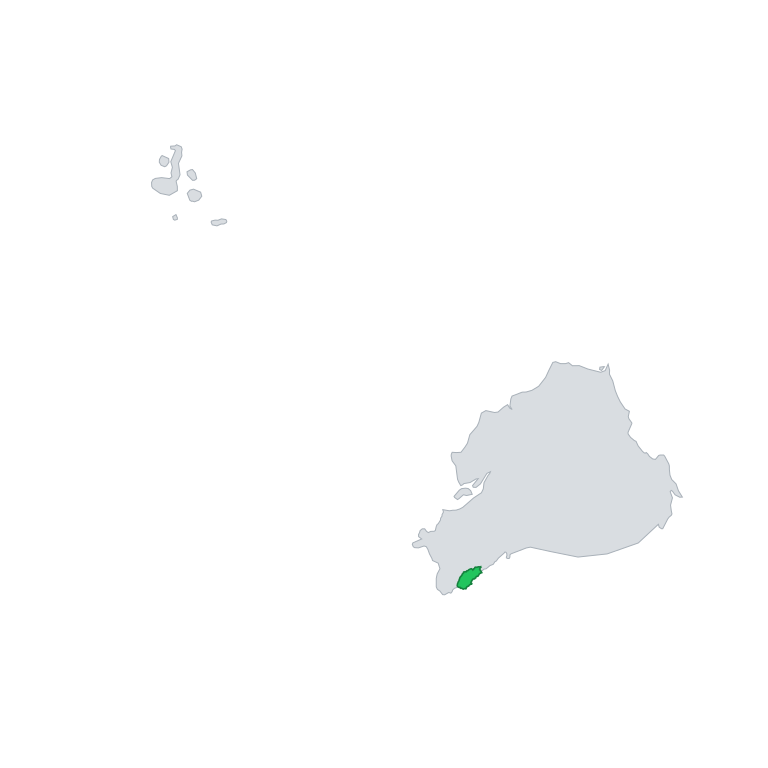 location of Nangaritza, Zamora Chinchipe, Ecuador, rotated 34°
{"feature_id": "8360857B36504899110850", "entity_name": "Nangaritza", "entity_type": "district", "adm_level": 2, "iso_a3": "ECU", "parent_name": "Ecuador", "parent_adm1": "Zamora Chinchipe", "projection": "natural_earth1", "projection_center": [-78.749, -4.316], "detail": "fine", "context": "in_parent", "style": "filled", "palette": "green", "viewbox_px": 768, "rotation_deg": 34, "n_neighbors": 0, "source": "geoboundaries", "source_scale": "gbopen_adm2", "svg_char_len": 7797}
<svg xmlns="http://www.w3.org/2000/svg" viewBox="0 0 768 768"><g transform="rotate(34 384 384)"><path d="M694.6,310.9L692.5,312.5L687.3,313.1L683.2,311.6L681.6,311.6L681.4,313.2L686.8,317.1L689.3,324.2L693.1,328.5L695.4,330.7L695.6,332.2L694.8,335.0L694.7,337.3L696.0,348.1L695.1,348.8L692.2,348.8L689.9,346.9L683.7,373.6L664.0,400.1L641.6,419.0L615.7,429.8L596.6,437.4L593.7,440.3L584.4,453.6L583.9,455.0L585.2,457.2L585.3,458.7L583.9,459.6L582.7,459.7L582.2,459.0L581.8,457.4L580.5,455.8L579.1,455.3L578.2,455.7L578.1,457.2L576.2,464.4L576.1,467.9L575.3,469.3L575.4,472.4L573.4,475.3L572.0,480.1L570.4,481.6L568.4,489.1L565.5,496.6L565.3,499.1L566.2,500.9L566.5,502.4L565.3,507.0L558.6,511.5L556.8,513.7L556.1,516.1L556.6,518.2L556.4,520.0L554.3,520.6L552.1,524.9L550.4,525.8L546.2,524.4L543.1,524.4L540.8,523.0L536.0,515.9L534.3,511.7L533.7,505.9L529.1,502.2L523.0,503.2L521.2,501.8L516.7,499.4L512.9,496.6L510.0,495.2L507.8,495.9L504.2,500.6L500.8,502.6L499.2,502.5L497.1,501.1L496.8,499.5L501.9,491.4L498.1,491.2L496.8,489.5L496.6,487.5L495.9,485.3L496.7,482.7L498.7,481.3L501.7,482.4L503.8,482.4L505.2,480.0L507.9,478.1L508.5,476.8L507.0,472.9L506.6,470.7L507.1,469.5L506.9,465.2L506.0,463.6L506.0,461.2L505.2,459.9L504.9,456.9L503.0,455.3L509.2,452.5L511.5,450.3L514.3,448.3L516.7,445.2L518.3,442.2L522.0,428.4L525.6,419.7L525.0,415.5L522.1,409.9L521.4,401.6L521.7,399.1L521.3,397.2L519.3,400.6L519.8,412.9L518.1,418.3L515.7,419.7L514.2,418.7L515.0,409.8L513.3,411.4L510.5,417.5L505.8,422.0L505.6,423.5L504.5,425.3L500.9,423.6L498.2,421.8L489.3,411.7L483.4,409.6L479.9,406.1L479.1,404.6L478.7,402.5L482.3,400.4L486.0,397.6L486.4,391.3L486.3,386.4L483.5,378.0L484.8,367.1L484.1,362.8L481.0,353.7L483.3,349.1L491.6,345.8L494.2,343.5L496.1,336.3L498.0,332.0L501.7,333.7L504.5,333.5L500.7,331.9L497.5,325.4L496.9,322.4L503.1,313.5L506.3,311.2L510.2,306.5L513.5,299.4L514.3,288.2L513.0,280.2L511.9,271.7L513.9,269.5L519.0,268.4L523.1,265.6L525.1,263.1L530.0,263.5L535.6,259.6L544.6,257.6L557.1,253.1L559.9,249.2L558.7,242.2L563.3,246.4L565.4,249.8L571.9,253.5L579.5,260.2L584.5,263.6L589.9,266.7L597.8,269.9L602.7,269.4L604.7,274.4L606.5,275.9L611.1,277.6L611.6,278.2L613.3,287.5L614.3,288.9L618.3,290.4L623.1,290.9L625.0,290.6L629.3,293.2L635.9,295.3L638.2,295.6L639.3,295.2L639.7,294.2L641.6,294.4L644.5,295.6L648.6,295.9L651.2,294.7L651.7,289.6L652.7,288.4L655.6,286.5L657.1,286.9L664.8,291.0L666.4,292.4L668.4,295.3L672.0,299.6L675.9,302.3L682.0,303.5L687.8,307.9L694.6,310.9ZM86.6,305.1L88.9,307.9L90.2,316.0L97.9,324.6L98.8,329.3L98.1,331.5L98.5,332.4L102.2,335.8L104.6,339.3L100.5,347.6L92.0,351.1L82.8,351.0L81.0,350.1L78.6,346.9L78.1,344.1L79.5,341.4L84.2,337.3L91.4,333.6L92.3,330.8L89.4,328.1L87.4,322.7L82.9,318.9L80.6,307.2L79.1,306.7L76.0,308.3L74.5,306.9L74.2,306.1L77.6,303.5L78.3,301.6L83.2,300.7L85.3,302.2L86.6,305.1ZM122.2,340.2L120.2,340.2L114.3,336.0L114.7,331.8L117.1,329.0L124.7,327.5L127.9,330.2L127.6,335.2L125.0,338.9L123.0,339.5L122.2,340.2ZM510.3,437.0L509.6,438.7L506.0,438.6L504.9,438.0L505.8,429.9L506.8,427.4L509.8,424.8L512.2,423.6L515.4,423.9L518.8,426.1L514.8,430.3L511.8,431.4L510.3,437.0ZM80.7,326.5L76.9,327.3L73.7,325.8L72.3,323.4L72.0,319.9L72.3,318.7L79.4,317.5L81.7,320.4L81.7,324.7L80.7,326.5ZM157.1,346.3L152.6,348.1L150.1,346.4L149.9,345.3L152.3,342.6L154.8,341.1L156.9,338.0L160.9,336.1L162.1,336.6L162.8,337.2L163.1,338.3L161.8,340.8L159.4,342.6L157.1,346.3ZM113.1,320.9L111.4,322.2L104.2,320.7L102.0,318.2L103.8,314.7L105.3,313.3L109.6,314.6L113.9,318.5L113.1,320.9ZM118.9,365.2L117.3,365.3L115.2,363.4L116.8,359.9L119.8,361.8L120.6,363.1L118.9,365.2ZM556.8,251.1L554.6,251.4L553.6,249.3L556.2,246.9L557.1,246.4L556.8,251.1Z" fill="#d9dde1" stroke="#a8b0b8" stroke-width="1"/><path d="M562.0,485.0L561.9,485.2L562.0,485.4L562.0,485.8L562.1,486.2L562.1,486.6L561.9,486.7L561.8,486.8L561.7,487.1L561.7,487.4L561.7,487.6L561.8,487.7L561.8,487.8L561.7,488.0L561.7,488.4L561.4,488.2L560.9,488.2L560.9,488.3L560.7,488.3L560.3,488.3L560.2,488.3L560.1,488.2L559.6,488.3L559.4,488.6L559.3,488.8L559.2,488.9L559.1,489.0L558.9,489.3L558.6,489.7L558.5,489.9L558.3,490.3L558.2,490.4L558.2,490.5L558.1,490.9L558.2,491.2L558.1,491.6L557.6,492.0L557.4,492.2L557.3,492.3L557.2,492.4L557.1,492.6L557.2,492.8L557.3,493.0L557.3,493.5L557.1,493.5L556.6,493.9L556.6,494.0L556.2,494.5L555.7,494.7L555.5,494.9L555.2,495.2L555.1,495.6L555.2,495.8L555.3,496.0L555.6,496.1L555.6,496.4L555.5,496.6L555.4,496.8L555.4,497.1L555.3,497.5L555.2,497.6L555.3,497.8L555.2,497.9L555.2,498.1L555.3,498.2L555.4,498.3L555.4,498.6L555.4,498.8L555.4,499.0L555.6,499.2L555.6,499.3L555.5,499.6L555.5,499.8L555.5,500.0L555.3,500.1L555.2,500.4L555.2,500.7L555.3,500.9L555.2,501.1L555.1,501.3L555.2,501.5L555.3,501.7L555.4,501.9L555.4,502.2L555.3,502.3L555.2,502.4L555.3,502.7L555.4,502.9L555.5,503.1L555.6,503.3L555.6,503.5L555.6,503.8L555.7,504.1L555.8,504.1L555.9,504.3L556.0,504.3L556.1,504.6L556.2,504.9L556.2,505.0L556.2,505.3L556.1,505.5L556.2,505.9L556.1,506.3L556.2,506.5L556.3,507.1L556.5,507.3L556.5,507.6L556.5,507.8L556.6,508.2L556.6,508.5L556.8,508.7L556.9,508.9L556.9,509.0L557.0,509.1L557.2,509.4L557.1,509.6L557.4,510.2L557.6,510.4L557.9,510.6L558.0,510.7L560.1,510.7L560.3,510.5L560.4,510.4L560.5,510.5L560.8,510.3L560.8,510.2L561.0,510.3L561.4,510.4L561.5,510.3L561.9,510.5L562.0,510.4L562.2,510.1L562.4,509.9L562.6,509.9L562.7,510.0L562.9,510.0L563.2,509.9L563.4,509.7L563.5,509.7L563.7,509.8L563.8,509.8L564.0,509.9L564.4,509.7L564.5,509.7L564.6,509.4L564.7,509.2L564.9,509.0L565.2,508.7L565.4,508.6L565.5,508.4L565.8,508.4L566.2,508.2L566.5,508.0L566.5,507.8L566.3,507.7L566.2,507.7L566.1,507.3L566.2,507.2L566.3,507.1L566.3,506.7L566.2,506.6L566.3,506.4L566.2,506.1L566.1,505.9L566.2,505.5L566.2,505.4L566.5,505.2L566.7,504.6L566.9,504.6L567.0,504.4L567.2,504.2L567.0,503.9L567.1,503.6L567.1,503.4L567.2,503.1L567.2,502.9L567.2,502.7L567.3,502.5L567.5,502.4L567.5,502.1L567.6,501.8L567.6,501.7L567.8,501.5L567.8,501.4L568.0,501.5L568.1,501.4L568.4,501.2L568.5,501.1L568.6,500.9L568.5,500.5L568.5,500.4L568.4,500.3L568.2,500.4L568.1,500.5L567.9,500.4L567.8,500.5L567.7,500.5L567.4,500.5L567.2,500.3L567.2,500.2L567.0,499.9L566.9,499.7L567.0,499.6L567.1,499.4L567.1,499.1L567.0,498.7L566.9,498.5L566.9,498.4L566.7,498.2L566.6,497.9L566.7,497.7L566.8,497.7L566.7,497.3L566.7,497.2L566.8,497.0L566.9,496.9L566.8,496.5L566.8,496.4L566.8,496.2L566.9,495.9L567.0,495.9L567.0,495.6L567.3,495.5L567.5,495.3L567.8,495.2L568.0,495.0L567.9,494.9L568.0,494.7L568.0,494.4L568.1,494.2L568.1,493.9L568.3,493.8L568.4,493.7L568.4,493.4L568.5,493.3L568.3,492.8L568.2,492.7L568.2,492.2L568.3,491.9L568.4,491.7L568.6,491.4L568.8,491.4L568.9,491.2L569.2,491.0L569.3,491.0L569.4,490.9L569.4,490.3L569.3,490.1L569.4,489.4L569.3,488.8L569.3,488.7L569.2,488.4L569.2,488.2L569.3,488.1L569.4,487.7L569.5,487.6L569.6,487.2L569.7,486.8L569.8,486.7L570.0,486.7L570.1,486.3L570.1,486.1L570.3,486.1L570.5,485.8L570.6,485.6L570.8,485.5L570.8,485.3L570.8,485.2L570.7,485.4L570.6,485.5L570.4,485.5L570.2,485.6L569.9,485.7L569.7,485.5L569.6,485.4L569.5,485.2L569.4,485.1L569.2,485.1L569.0,484.9L568.9,485.0L568.7,484.9L568.3,484.9L568.2,484.9L567.9,484.8L567.8,484.7L567.7,484.6L567.7,484.4L567.5,484.2L567.4,484.2L567.2,484.0L566.9,483.9L566.7,483.9L566.7,483.6L566.7,483.4L566.7,483.1L566.7,482.7L566.4,482.6L566.3,482.3L566.4,482.2L566.2,482.2L566.3,481.9L566.3,481.7L566.2,481.6L566.1,481.8L566.1,481.7L566.0,481.8L566.0,482.0L565.9,482.0L565.7,482.1L565.3,482.2L565.1,482.4L565.0,482.5L564.9,482.5L564.7,482.7L564.4,482.8L564.3,483.0L564.1,483.1L564.0,483.4L563.9,483.6L563.7,483.8L563.6,484.0L563.5,484.3L563.5,484.2L563.3,484.3L563.1,484.3L562.9,484.3L562.7,484.3L562.6,484.5L562.4,484.8L562.3,484.7L562.2,484.8L562.1,485.0L562.0,485.0Z" fill="#22c55e" stroke="#15803d" stroke-width="1.5"/></g></svg>